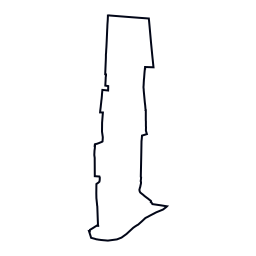 outline of Roseti, Calarasi, Romania
{"feature_id": "2599482B60300141658332", "entity_name": "Roseti", "entity_type": "district", "adm_level": 2, "iso_a3": "ROU", "parent_name": "Romania", "parent_adm1": "Calarasi", "projection": "robinson", "projection_center": [27.459, 44.223], "detail": "fine", "context": "isolated", "style": "outline", "palette": "ink", "viewbox_px": 256, "rotation_deg": 0, "n_neighbors": 0, "source": "geoboundaries", "source_scale": "gbopen_adm2", "svg_char_len": 2853}
<svg xmlns="http://www.w3.org/2000/svg" viewBox="0 0 256 256"><path d="M148.8,18.5L139.3,17.8L127.4,16.9L109.7,15.5L109.3,15.4L108.9,15.4L108.2,15.4L108.0,15.5L107.9,15.5L107.9,16.5L107.8,18.3L107.8,18.6L107.8,19.2L107.7,20.5L107.7,20.9L107.6,22.0L107.5,23.4L107.4,25.0L107.3,27.7L107.2,29.3L107.1,31.8L106.7,41.1L106.4,47.2L106.2,50.0L106.1,52.3L105.9,54.8L105.9,57.1L105.8,60.2L105.6,64.6L105.2,74.3L106.0,74.4L106.0,75.5L105.7,77.4L105.7,77.5L105.7,78.2L105.6,79.8L105.6,80.4L105.4,83.8L105.3,85.6L108.2,86.1L108.2,87.0L108.2,87.9L108.1,90.5L102.4,89.9L102.3,90.9L102.0,94.0L101.9,95.8L101.6,99.0L101.4,100.4L101.1,103.2L100.8,105.9L100.7,107.0L100.5,108.6L100.3,110.1L100.1,112.4L102.9,112.5L102.1,122.5L102.0,131.6L102.8,137.2L102.7,139.2L102.5,141.5L102.4,141.6L101.3,142.1L100.3,142.5L99.8,142.7L98.6,143.2L98.2,143.3L97.3,143.7L97.2,143.7L96.9,143.8L96.2,143.9L94.9,144.3L94.7,145.8L95.0,145.8L94.8,148.5L94.5,150.6L94.4,152.8L94.3,155.0L94.7,157.9L94.7,160.6L94.8,176.2L99.4,176.5L99.8,177.7L99.7,180.1L99.4,181.7L98.3,182.7L96.5,183.9L96.5,184.2L96.4,184.3L96.3,193.2L96.4,198.1L97.0,204.0L97.1,205.3L97.3,206.4L97.8,220.4L98.0,225.2L98.1,225.4L98.2,225.6L98.2,225.9L97.9,225.9L97.8,225.7L97.8,225.4L97.8,225.2L97.7,225.0L96.4,225.9L95.5,226.4L93.2,227.9L89.9,229.9L89.8,230.4L89.8,231.2L89.0,231.1L90.6,236.1L91.1,237.8L91.8,238.0L94.8,238.8L96.4,239.3L97.9,239.5L98.2,239.6L99.8,239.8L101.1,240.0L107.9,240.6L112.4,240.0L116.9,239.4L121.5,237.6L126.5,234.0L133.2,227.8L135.2,226.4L137.4,225.0L137.9,224.8L138.3,224.5L140.1,222.9L141.9,221.3L145.4,218.0L148.4,216.5L149.4,215.9L156.3,212.3L162.9,209.6L164.4,208.5L164.5,208.4L165.9,207.3L166.2,207.1L167.0,206.3L165.6,206.1L161.3,205.4L152.4,204.1L152.1,203.3L151.1,202.4L150.8,202.1L151.1,201.6L151.1,201.2L150.8,200.8L149.2,199.6L148.0,198.6L146.6,197.6L144.5,196.0L143.6,195.2L143.3,194.9L142.5,194.3L140.6,192.8L140.3,192.5L140.1,192.2L139.9,191.8L139.6,191.0L139.5,190.4L139.4,189.8L139.5,189.3L139.7,188.7L139.8,188.1L140.2,187.0L140.6,185.0L140.8,184.2L141.0,183.1L141.0,182.3L141.0,182.0L140.8,181.6L140.8,181.3L140.7,181.1L141.0,179.0L141.0,178.7L141.1,177.3L140.9,177.1L140.8,176.6L141.0,167.7L141.3,152.9L141.5,141.2L141.8,138.4L142.0,135.6L146.9,134.1L145.9,130.7L146.0,126.9L145.9,126.3L145.9,125.8L145.9,124.4L145.9,122.7L145.9,121.4L145.8,120.4L145.8,119.4L145.8,118.1L145.8,116.8L145.8,115.4L145.8,113.8L145.8,112.4L145.8,111.1L145.8,110.3L145.7,110.3L145.5,110.2L145.6,109.8L145.5,109.0L145.4,108.0L145.2,105.5L144.8,102.2L144.5,98.9L143.9,92.5L143.7,90.2L143.7,89.5L143.6,88.5L143.5,87.9L143.5,87.2L143.5,86.6L143.6,85.6L143.6,85.0L143.7,84.0L143.7,83.2L143.8,81.7L143.9,79.9L144.1,78.0L144.5,72.6L144.9,68.6L145.1,68.6L145.1,67.0L153.5,67.3L152.3,55.8L151.0,42.4L150.4,35.7L149.8,29.0L149.0,20.2L148.8,18.9L148.8,18.5Z" fill="none" stroke="#020617" stroke-width="2"/></svg>